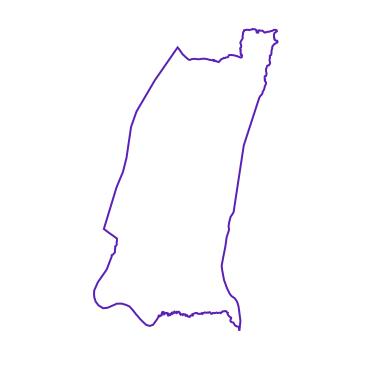 Hinherb, Vientiane, Laos (Mercator projection), rotated 167°
{"feature_id": "54806243B70207385851148", "entity_name": "Hinherb", "entity_type": "district", "adm_level": 2, "iso_a3": "LAO", "parent_name": "Laos", "parent_adm1": "Vientiane", "projection": "mercator", "projection_center": [102.194, 18.65], "detail": "fine", "context": "isolated", "style": "outline", "palette": "violet", "viewbox_px": 384, "rotation_deg": 167, "n_neighbors": 0, "source": "geoboundaries", "source_scale": "gbopen_adm2", "svg_char_len": 5726}
<svg xmlns="http://www.w3.org/2000/svg" viewBox="0 0 384 384"><g transform="rotate(167 192 192)"><path d="M73.2,329.4L73.1,329.8L73.1,330.3L73.3,330.7L73.9,331.1L75.6,331.5L76.0,331.5L77.4,331.0L78.6,331.0L79.1,331.1L80.3,330.8L81.0,330.8L82.5,331.2L83.5,330.9L83.8,330.9L84.5,331.2L85.3,331.0L85.7,331.4L86.8,333.0L87.1,333.3L88.7,333.8L89.4,333.8L90.0,334.4L90.4,334.5L90.8,334.5L91.2,334.2L91.4,333.8L91.5,332.7L91.6,332.4L91.9,332.4L92.5,332.8L92.9,332.7L93.0,332.8L93.1,333.2L93.0,333.9L93.1,334.4L93.0,335.4L94.2,336.5L95.1,336.6L96.0,337.2L96.4,337.2L96.8,337.0L97.1,337.0L98.7,336.9L99.6,336.9L101.3,337.6L104.9,337.9L105.0,337.8L105.1,337.3L105.3,336.8L106.1,336.3L106.6,335.4L106.7,334.5L107.0,334.0L107.1,333.5L107.8,332.1L107.8,330.9L108.2,330.2L109.3,329.1L109.8,328.4L110.5,327.8L110.9,327.1L111.3,326.6L111.4,325.8L111.1,325.1L111.0,324.5L111.2,324.0L111.2,322.8L111.9,321.7L112.6,321.4L112.9,320.6L112.9,320.2L112.5,319.7L112.5,319.4L112.5,319.2L113.1,318.4L113.2,318.0L113.2,317.5L113.1,316.9L113.4,316.2L113.2,315.5L113.6,314.8L113.5,314.5L113.3,314.3L112.6,314.2L112.5,313.8L112.9,313.2L113.0,312.4L113.4,312.0L114.1,312.0L115.7,312.9L117.1,314.0L120.7,315.9L124.2,317.0L125.4,316.9L126.4,315.5L126.6,315.4L127.7,315.3L128.9,315.4L130.0,315.1L130.9,315.5L131.4,315.4L132.0,315.0L133.4,314.9L134.3,314.4L134.8,313.9L136.7,312.6L137.0,312.9L138.4,313.5L138.9,313.8L139.2,314.3L139.8,314.4L140.1,314.8L140.3,314.8L140.8,314.7L141.1,314.7L141.2,314.9L140.9,315.3L140.9,315.7L141.2,315.7L141.7,315.5L141.8,315.9L141.9,316.0L142.3,315.9L143.0,316.0L145.5,317.0L147.0,317.9L149.6,319.0L152.5,319.6L154.9,319.7L156.8,320.2L159.5,321.2L162.5,321.5L164.6,321.2L165.6,321.9L167.3,324.1L170.2,328.4L172.6,334.4L173.5,336.1L203.0,309.3L227.9,283.0L236.7,269.2L248.1,240.1L254.7,227.2L264.5,213.5L286.2,175.8L281.9,170.7L275.6,163.6L276.2,161.1L276.7,160.2L277.0,158.9L277.0,158.0L277.2,157.6L277.9,156.9L278.4,156.6L279.2,156.2L279.2,154.8L280.0,153.7L280.2,152.1L280.8,150.4L281.0,150.2L281.9,149.7L283.1,148.8L284.3,148.6L284.6,148.1L284.7,147.3L292.6,135.6L303.9,125.4L309.4,118.1L310.4,114.7L310.9,111.4L310.5,106.8L308.6,102.6L304.7,98.7L300.2,98.2L290.3,100.1L285.5,99.0L281.6,96.8L278.6,94.5L275.8,89.3L274.2,85.8L271.2,80.1L268.9,76.3L266.5,72.8L263.3,71.0L259.8,71.4L255.6,75.0L253.0,77.5L252.6,77.8L252.8,78.1L252.4,78.9L252.2,79.1L251.9,79.1L251.8,78.5L251.3,78.2L250.8,78.3L250.1,78.7L249.3,78.7L249.2,79.8L248.9,80.2L248.3,80.1L248.1,80.3L248.0,80.9L248.2,81.4L247.9,81.7L247.5,81.5L246.9,81.6L246.5,81.2L246.4,80.7L247.3,80.4L247.6,80.1L247.0,79.1L246.8,79.0L246.5,79.2L246.5,79.7L246.3,80.1L245.4,80.0L245.0,79.9L244.5,80.1L244.2,80.0L244.1,79.6L243.6,79.7L243.1,79.5L242.9,79.2L243.3,78.5L243.2,77.5L243.2,77.2L243.0,76.9L242.7,76.9L242.6,77.1L242.8,77.6L242.2,78.2L241.7,77.2L241.0,76.9L240.7,77.0L240.5,77.8L240.3,78.2L239.2,77.6L238.5,77.6L238.3,78.0L238.8,78.6L238.7,78.9L238.3,79.1L236.8,78.2L236.5,78.5L236.4,79.1L236.0,79.4L235.2,78.2L234.3,77.4L234.0,77.4L233.9,77.5L234.1,78.5L233.8,78.7L233.3,78.3L232.2,78.4L231.8,78.3L231.5,77.7L231.0,77.3L231.0,77.1L231.4,76.3L231.2,76.0L230.6,75.9L230.5,75.7L230.5,74.9L229.3,74.9L228.6,75.1L228.4,75.1L228.4,74.9L228.6,74.4L228.5,74.2L228.0,74.5L227.1,74.6L226.1,74.3L225.9,74.0L226.1,73.4L226.2,73.0L226.1,72.8L225.8,72.6L225.4,72.6L224.9,73.0L224.6,73.1L224.3,72.8L224.2,71.9L223.8,71.4L223.1,71.3L222.6,70.8L222.4,70.8L222.1,70.9L221.6,71.7L221.2,71.9L220.5,71.8L219.4,71.4L219.0,71.5L218.8,71.7L218.8,72.0L219.3,72.6L219.3,72.8L219.1,73.0L217.9,72.9L217.1,73.2L216.3,73.2L215.7,73.3L215.2,73.1L214.4,73.0L214.3,72.9L214.0,72.3L213.3,72.1L212.4,71.5L211.7,71.5L210.7,71.3L210.4,71.3L210.0,71.7L209.8,71.5L209.7,71.1L209.4,70.8L208.8,71.0L208.5,71.6L207.6,71.5L207.1,71.7L206.6,71.8L205.9,71.5L205.1,71.0L204.0,71.1L203.5,70.8L203.3,70.7L202.8,70.9L201.7,70.9L201.4,70.6L200.9,69.3L200.3,68.9L199.8,68.9L199.2,69.4L198.5,69.2L197.7,69.3L197.0,68.8L196.4,68.8L195.4,69.0L195.1,69.0L194.8,68.8L194.5,68.4L194.3,68.3L192.3,68.2L191.5,67.8L191.2,67.5L190.9,67.6L190.5,68.1L189.7,68.2L189.1,68.8L188.3,68.7L187.8,68.5L186.7,68.6L185.7,68.3L185.5,68.0L185.4,67.5L184.7,66.8L184.2,66.2L184.7,65.6L184.8,65.3L184.7,64.5L183.9,62.8L183.2,61.7L182.9,61.4L182.3,61.1L182.1,60.7L182.5,59.7L183.0,59.2L183.5,58.2L183.6,57.8L183.5,57.1L182.9,56.5L182.4,56.1L181.4,55.6L181.0,55.3L180.8,54.9L180.6,53.6L180.2,52.9L179.9,52.1L179.7,51.8L179.2,51.6L178.7,51.0L177.3,50.5L177.0,50.1L176.8,49.3L177.1,47.7L177.0,46.1L173.8,55.6L172.6,67.7L172.4,71.0L172.8,75.1L174.3,78.9L176.9,81.7L178.2,84.5L179.5,90.2L180.6,98.9L180.2,108.6L179.7,113.5L176.3,121.3L172.1,130.6L170.5,134.6L168.5,140.0L164.4,146.8L164.0,150.6L162.4,154.5L160.0,159.1L156.1,162.8L131.1,225.7L105.2,268.8L103.7,270.3L102.3,271.1L101.3,272.2L101.0,272.6L100.8,273.3L100.5,273.8L98.9,275.5L97.8,277.3L97.4,278.5L96.5,279.5L95.6,280.9L95.4,281.3L95.2,282.2L95.5,282.5L96.0,284.1L95.5,284.8L95.5,285.2L95.8,285.8L95.5,286.4L95.4,287.7L95.1,288.3L94.7,288.5L94.0,288.3L93.7,288.5L92.8,290.4L92.7,291.0L92.6,293.8L92.5,294.2L92.1,295.4L91.4,296.2L90.7,297.5L90.4,297.9L90.2,298.1L89.6,298.3L88.7,298.1L87.4,299.2L87.1,299.6L86.8,300.4L86.8,301.7L86.9,302.3L86.9,302.8L86.3,304.4L85.8,305.3L85.7,305.7L85.7,307.0L85.3,307.4L84.3,307.7L83.8,308.2L83.1,310.3L83.0,311.1L82.6,311.8L82.3,312.7L81.6,313.7L81.3,315.1L81.1,315.4L80.6,316.1L79.8,316.5L79.1,317.3L78.9,317.5L77.9,317.7L76.6,318.2L75.6,318.4L75.3,318.5L75.0,319.0L74.8,319.7L75.0,320.2L75.9,320.3L76.4,321.0L76.9,321.3L77.4,322.0L77.4,322.3L77.0,323.1L77.1,323.4L77.4,323.9L77.4,324.2L77.1,324.7L77.1,325.5L76.8,326.2L76.7,327.1L76.4,327.6L76.1,328.0L75.7,328.5L75.1,328.6L74.2,329.1L73.2,329.4Z" fill="none" stroke="#5b21b6" stroke-width="2"/></g></svg>